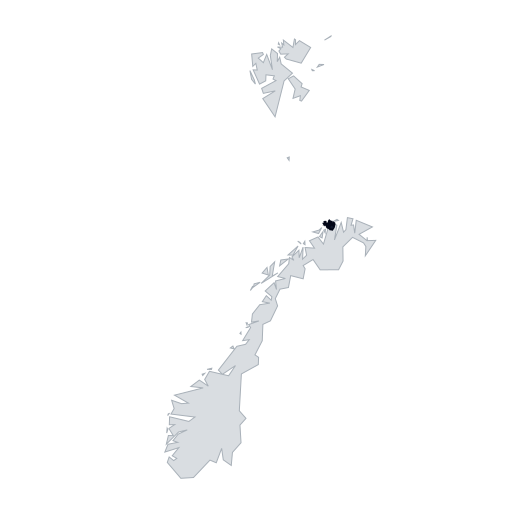 Måsøy nor, Finnmark, Norway (highlighted), rotated 351°
{"feature_id": "86288312B81169350398117", "entity_name": "Måsøy nor", "entity_type": "district", "adm_level": 2, "iso_a3": "NOR", "parent_name": "Norway", "parent_adm1": "Finnmark", "projection": "albers", "projection_center": [24.684, 70.867], "detail": "fine", "context": "in_parent", "style": "filled", "palette": "ink", "viewbox_px": 512, "rotation_deg": 351, "n_neighbors": 0, "source": "geoboundaries", "source_scale": "gbopen_adm2", "svg_char_len": 7803}
<svg xmlns="http://www.w3.org/2000/svg" viewBox="0 0 512 512"><g transform="rotate(351 256 256)"><path d="M311.8,268.4L301.1,272.8L302.5,276.3L299.0,285.9L287.2,280.8L283.1,292.2L274.5,292.5L268.4,301.1L269.5,308.7L260.1,322.3L252.1,324.6L248.9,340.7L239.5,353.5L242.7,356.5L241.3,363.6L223.1,370.2L215.3,406.3L220.7,414.8L213.7,420.5L212.0,438.1L202.0,446.3L198.8,459.0L191.8,452.2L192.0,440.6L184.4,454.0L178.6,450.4L159.6,465.0L147.0,463.8L136.1,446.0L138.8,440.9L142.7,445.2L146.1,443.5L142.0,440.2L149.8,433.2L135.3,435.4L139.6,428.2L149.5,427.8L145.1,425.4L151.2,419.8L160.9,417.0L152.0,417.7L138.0,427.8L141.4,419.6L146.2,420.5L143.0,412.7L149.3,409.8L144.0,409.1L145.5,401.3L163.8,408.9L170.5,405.5L147.3,398.8L151.3,393.9L150.1,385.3L159.3,390.2L166.2,390.7L153.7,380.7L183.2,378.0L171.2,374.7L180.6,369.7L188.5,377.1L186.0,369.9L192.0,362.6L210.2,370.0L218.6,361.0L204.3,367.6L201.0,362.8L223.0,342.2L231.9,341.6L236.2,337.6L229.6,337.5L239.5,325.8L238.0,322.6L248.7,320.6L241.2,320.6L243.4,312.7L252.1,304.7L262.3,304.7L255.1,302.1L260.0,296.8L264.1,302.0L265.3,298.7L259.6,292.0L269.7,285.2L271.0,292.3L271.4,283.7L281.5,282.8L274.2,279.7L287.1,268.8L288.8,262.7L292.7,266.2L291.3,262.6L299.3,257.0L298.4,264.5L303.9,254.6L301.5,266.4L306.1,263.2L305.8,255.3L315.0,257.4L311.2,249.3L320.2,246.9L324.5,254.8L334.1,234.5L340.7,238.2L336.0,252.4L345.4,236.2L346.2,246.2L348.9,244.1L352.3,232.4L357.6,234.4L354.7,240.5L357.2,240.6L357.1,248.9L360.6,236.4L375.5,245.5L361.2,250.7L368.0,258.2L376.7,259.3L364.0,272.9L366.0,263.8L364.3,259.9L354.3,252.7L343.2,260.6L341.2,274.6L335.4,282.5L317.2,279.7L311.8,268.4ZM303.9,53.9L308.9,59.4L307.4,67.4L310.5,63.4L310.9,70.2L320.6,81.1L311.1,87.5L296.6,121.5L287.3,101.6L300.9,95.9L288.7,96.5L287.8,91.3L303.2,85.9L300.5,83.9L302.3,80.9L294.2,78.6L293.0,84.5L286.4,86.8L282.3,71.7L286.3,72.5L286.0,65.7L282.5,68.2L283.3,55.8L294.3,56.1L294.8,58.1L289.2,60.9L293.5,66.2L298.1,58.6L301.4,74.6L301.5,60.2L303.9,53.9ZM316.8,47.0L325.1,55.8L327.9,47.7L328.9,48.7L328.1,53.3L332.6,50.1L342.6,58.6L330.8,72.6L316.7,66.2L315.2,64.1L319.4,61.4L312.0,60.5L310.7,57.1L313.0,55.2L309.9,52.9L314.9,53.9L314.7,49.7L316.5,51.9L316.8,47.0ZM321.3,84.0L328.5,93.0L327.0,96.1L334.5,100.8L325.2,110.1L323.6,109.2L324.9,104.6L317.2,106.1L320.8,97.2L315.6,86.0L321.3,84.0ZM268.9,278.4L275.0,276.1L256.8,283.9L266.6,276.9L268.3,268.6L273.5,264.7L268.9,278.4ZM279.9,263.8L287.4,264.0L277.8,269.4L279.9,263.8ZM287.8,260.0L299.1,252.7L292.7,260.9L287.8,260.0ZM279.0,71.9L281.9,81.9L282.3,86.1L279.3,80.8L279.0,71.9ZM265.1,269.0L265.2,276.7L259.4,273.8L265.1,269.0ZM325.4,238.2L321.3,243.6L315.9,241.1L322.3,240.3L325.4,238.2ZM326.1,242.2L324.1,248.5L321.8,246.7L326.1,242.2ZM249.8,283.2L256.0,282.6L248.6,286.3L249.8,283.2ZM364.3,50.9L357.4,53.5L364.5,50.4L364.3,50.9ZM348.4,76.6L353.1,77.5L346.1,79.0L348.4,76.6ZM337.6,234.0L341.7,232.5L343.0,233.8L337.6,234.0ZM328.8,240.6L327.9,244.0L326.9,241.1L328.8,240.6ZM306.5,249.1L306.2,252.5L304.7,251.2L306.5,249.1ZM304.3,163.4L303.6,166.7L302.2,163.9L304.3,163.4ZM342.8,82.1L340.6,81.8L340.3,80.5L342.8,82.1ZM219.1,341.3L219.8,344.3L216.3,342.8L219.1,341.3ZM299.5,247.8L301.4,249.3L302.5,251.3L299.5,247.8ZM311.7,48.9L312.3,51.1L311.1,50.2L311.7,48.9ZM194.3,361.1L189.9,360.3L194.8,359.9L194.3,361.1ZM187.0,363.9L184.7,365.7L184.3,364.3L187.0,363.9ZM247.5,286.9L245.0,289.2L248.1,285.1L247.5,286.9ZM141.8,413.5L140.1,416.9L141.3,412.1L141.8,413.5ZM236.3,322.8L235.8,320.4L237.1,320.8L236.3,322.8ZM368.7,254.9L368.5,257.7L368.3,257.2L368.7,254.9ZM237.0,325.2L234.6,325.2L237.6,324.7L237.0,325.2ZM229.2,328.8L229.0,330.9L228.0,330.0L229.2,328.8ZM145.6,398.0L143.8,399.8L144.7,398.1L145.6,398.0Z" fill="#d9dde1" stroke="#a8b0b8" stroke-width="1"/><path d="M338.8,235.9L338.5,235.7L338.4,235.4L338.1,235.3L338.0,235.2L337.8,235.0L337.7,235.1L337.6,235.5L337.7,235.8L337.8,235.9L338.2,236.6L338.2,236.9L338.1,237.1L338.0,237.4L337.7,237.3L337.8,237.4L338.0,237.5L337.9,238.0L337.8,238.3L337.7,238.3L337.7,238.2L337.4,238.4L337.2,238.5L337.1,238.4L337.3,238.2L337.2,237.8L337.2,237.7L337.1,237.2L337.0,236.9L336.9,236.6L336.7,236.6L336.4,236.0L336.3,236.3L336.2,236.2L335.9,236.5L335.8,236.9L335.7,237.1L335.8,237.2L335.8,237.3L335.7,237.3L335.6,237.1L335.2,237.2L335.3,237.1L335.2,237.0L334.9,237.1L335.3,236.8L335.9,236.0L335.9,235.6L335.8,235.4L335.7,235.2L335.3,235.2L335.4,235.4L335.2,235.8L335.0,236.0L335.3,236.3L335.1,236.3L334.9,236.1L335.0,236.0L334.8,236.2L334.6,236.3L334.4,236.4L334.7,236.2L334.4,235.8L334.2,235.7L334.1,235.4L334.1,235.2L334.2,234.9L333.9,234.9L333.9,235.1L333.7,235.0L333.5,235.4L333.5,235.2L333.6,234.8L333.2,234.8L333.1,235.0L332.7,235.1L332.6,235.3L332.8,235.4L333.1,235.4L333.4,235.4L332.7,235.6L332.7,235.8L332.7,236.0L332.8,236.3L333.2,236.3L332.7,236.5L333.5,237.0L333.5,237.3L333.2,237.2L332.9,237.2L333.0,237.3L332.9,237.3L332.7,237.4L332.9,237.7L332.9,237.9L333.0,238.0L332.8,238.0L333.2,238.3L333.1,238.8L332.8,238.9L332.8,238.7L332.7,238.7L332.4,238.4L332.1,238.3L331.9,238.1L332.0,237.9L331.9,237.9L332.0,237.8L331.9,237.7L332.0,237.7L331.7,237.7L331.7,237.4L331.5,237.2L331.4,237.1L331.2,237.4L331.2,237.5L331.1,237.4L330.8,237.7L330.7,237.9L330.8,238.2L330.9,238.4L330.9,238.5L330.7,238.9L330.7,239.1L330.9,239.3L331.2,239.3L331.5,239.4L331.4,239.5L331.5,239.7L332.3,239.7L332.6,239.7L332.5,239.8L332.5,240.0L332.4,240.1L332.5,240.2L332.8,240.3L332.6,240.4L332.7,240.5L332.9,240.5L332.9,240.4L333.2,240.6L333.5,240.7L333.0,240.8L333.1,241.0L333.2,241.3L333.3,241.3L333.4,241.5L334.1,241.6L335.5,242.2L337.5,240.0L337.8,239.3L338.0,238.9L338.3,238.2L338.0,237.5L338.2,237.2L338.3,237.1L338.6,237.0L338.5,236.8L338.6,236.6L338.8,236.2L338.8,235.9ZM329.5,234.0L329.3,233.9L329.2,234.0L329.1,233.9L328.4,234.2L328.9,234.4L328.4,234.4L328.5,234.5L328.4,234.6L328.5,234.5L328.8,234.6L328.1,234.7L328.2,234.8L328.4,234.8L328.4,235.0L329.3,234.8L329.2,235.0L328.6,235.2L328.5,235.4L328.5,235.5L328.4,235.6L328.8,235.6L328.8,235.8L328.9,235.7L328.9,235.8L329.2,235.7L328.6,236.0L328.8,236.0L328.7,236.0L328.8,236.1L329.0,236.0L329.2,236.3L329.7,236.3L329.5,236.2L329.7,235.9L330.1,236.1L330.2,235.9L330.4,235.8L330.5,235.7L330.3,235.7L330.1,235.6L330.3,235.6L330.6,235.5L330.3,235.3L330.0,235.3L330.1,235.2L329.6,235.3L329.4,235.4L329.4,235.2L329.6,235.0L329.5,234.8L329.8,234.8L329.9,234.7L329.9,234.8L330.0,234.8L329.9,234.7L330.1,234.7L330.2,234.8L330.3,234.8L330.5,234.7L329.8,234.5L329.4,234.5L329.4,234.4L329.6,234.2L329.5,234.0ZM334.0,232.5L333.8,232.3L333.6,232.5L334.0,232.9L333.9,233.1L333.9,233.3L333.8,233.2L333.6,233.2L333.5,232.8L333.4,232.8L333.3,233.0L333.1,233.4L333.2,233.5L333.4,233.7L333.6,233.7L333.6,233.8L333.8,234.0L334.1,234.1L334.2,233.9L334.2,233.7L334.3,233.6L334.1,233.3L334.2,233.2L334.3,233.1L334.6,233.1L334.3,233.0L334.4,232.9L334.5,232.7L334.3,232.6L334.2,232.8L334.2,232.7L334.1,232.4L334.0,232.5ZM330.0,233.0L330.0,232.9L329.9,232.9L329.9,233.0L330.0,233.0L329.6,233.1L329.5,232.9L329.4,232.9L329.4,233.0L329.2,233.0L329.4,233.3L329.5,233.5L329.2,233.4L329.3,233.6L329.2,233.5L329.1,233.2L329.0,233.3L329.0,233.2L328.9,233.2L329.0,233.2L328.9,233.2L328.9,233.3L328.9,233.5L329.1,233.8L329.3,233.7L329.5,233.8L329.9,233.6L329.6,233.6L329.6,233.4L330.2,233.2L330.0,233.0ZM335.5,233.7L335.2,233.8L335.3,233.8L335.2,233.9L335.2,234.1L335.4,234.5L335.6,234.5L335.3,234.7L335.8,234.6L335.7,234.5L335.8,234.5L335.7,234.4L335.8,234.3L335.8,234.2L336.0,233.9L335.9,233.8L335.6,234.0L335.6,233.9L335.4,233.8L335.5,233.7ZM333.3,234.4L332.8,234.2L332.7,234.3L332.8,234.3L332.7,234.4L332.6,234.5L333.1,234.8L333.5,234.8L333.6,234.7L333.8,234.7L333.7,234.6L333.3,234.4ZM330.3,237.6L330.8,237.3L331.1,237.0L331.1,236.9L330.9,237.1L330.3,237.4L330.3,237.5L330.3,237.6ZM337.7,236.3L337.4,236.1L337.6,236.4L337.7,236.3Z" fill="#0f172a" stroke="#020617" stroke-width="1.5"/></g></svg>